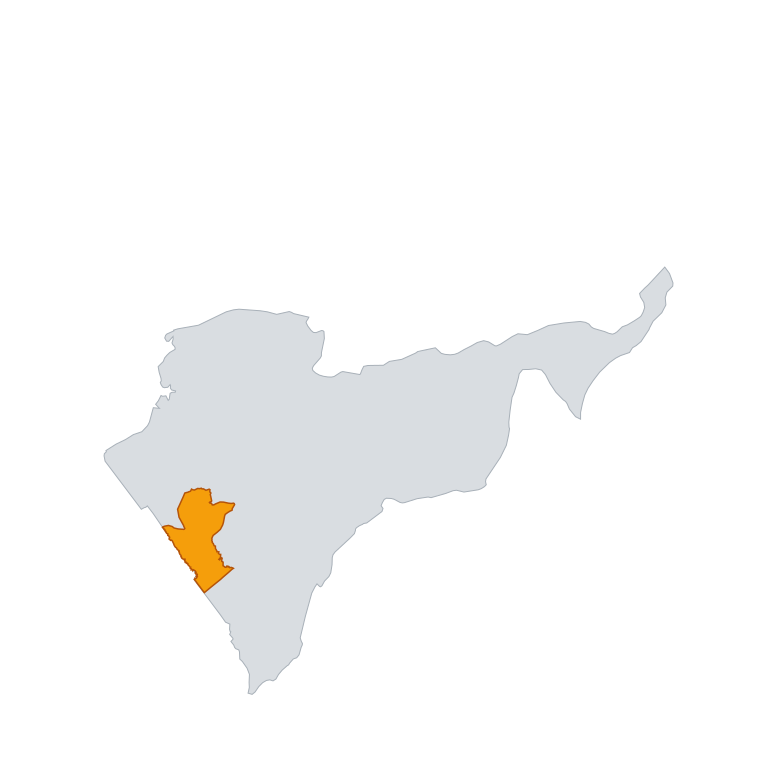 Dja-Et-Lobo, Sud, Cameroon (highlighted), rotated 53°
{"feature_id": "32672807B39721432011370", "entity_name": "Dja-Et-Lobo", "entity_type": "district", "adm_level": 2, "iso_a3": "CMR", "parent_name": "Cameroon", "parent_adm1": "Sud", "projection": "natural_earth1", "projection_center": [12.712, 2.919], "detail": "fine", "context": "in_parent", "style": "filled", "palette": "amber", "viewbox_px": 768, "rotation_deg": 53, "n_neighbors": 0, "source": "geoboundaries", "source_scale": "gbopen_adm2", "svg_char_len": 7680}
<svg xmlns="http://www.w3.org/2000/svg" viewBox="0 0 768 768"><g transform="rotate(53 384 384)"><path d="M214.4,519.6L215.8,515.6L225.4,496.8L231.4,466.6L234.2,459.6L237.0,454.8L251.0,438.8L256.2,433.7L263.8,427.8L269.1,416.1L271.0,414.8L273.4,413.8L285.4,403.8L286.4,405.8L287.2,408.2L288.1,409.3L292.0,410.0L297.4,410.0L300.4,409.3L302.1,407.3L303.7,401.7L304.7,400.7L306.0,400.4L311.8,404.3L321.4,415.2L323.9,417.1L324.9,419.3L327.0,429.2L328.2,431.7L330.3,432.7L334.0,432.0L337.9,430.3L341.4,427.7L344.7,424.5L347.0,421.5L348.0,419.3L348.6,411.2L349.3,409.4L361.9,397.6L361.6,396.5L359.5,393.2L357.7,389.6L359.5,385.8L361.5,383.0L368.7,373.2L369.2,366.1L375.0,355.0L378.3,340.3L378.4,337.4L386.0,321.2L394.0,319.8L397.0,317.5L400.6,313.5L402.8,309.7L403.9,306.2L404.7,299.3L406.1,291.5L407.0,284.6L409.4,278.3L413.4,275.1L420.3,272.4L421.3,271.2L422.3,267.0L423.3,253.0L424.5,246.8L430.9,239.8L433.8,228.8L436.3,217.4L443.6,203.5L452.1,189.7L456.0,186.0L459.4,184.3L463.2,184.1L465.8,183.1L475.0,176.2L478.9,173.9L481.7,171.5L482.4,169.4L482.6,166.4L481.7,159.3L483.3,154.0L484.2,145.9L484.6,139.6L484.3,137.4L482.5,133.7L479.8,129.8L475.2,127.4L468.9,126.8L465.5,125.4L464.3,118.1L463.9,113.5L459.6,89.4L467.6,89.5L477.2,92.4L479.6,94.5L480.9,102.8L484.4,107.5L490.5,111.3L494.3,119.3L495.8,131.3L499.2,138.5L500.0,139.6L504.8,153.2L505.1,159.5L504.6,163.7L506.6,169.0L503.7,177.9L502.8,183.4L502.6,191.1L504.3,204.6L507.2,215.1L510.2,223.6L513.6,230.2L519.1,237.4L525.0,244.1L530.4,248.2L525.4,250.7L515.6,251.0L509.9,249.6L507.2,249.5L504.5,250.4L494.1,251.7L483.5,251.1L473.7,249.4L467.7,249.7L463.1,253.7L459.4,259.8L455.9,264.6L457.2,269.9L459.8,272.8L464.9,279.3L469.4,285.6L471.7,289.8L480.8,299.0L489.6,307.3L493.7,310.1L495.3,310.7L500.0,315.5L506.6,323.2L512.7,335.3L521.2,359.7L523.1,361.7L526.0,363.0L526.4,365.5L526.1,369.3L525.2,372.4L518.4,385.2L512.5,390.0L510.8,393.0L508.6,400.4L503.1,414.8L500.8,416.8L495.5,426.6L491.1,439.0L490.0,440.9L488.3,442.4L482.0,445.4L479.9,447.0L476.7,450.8L476.3,453.3L477.8,456.8L479.5,459.6L482.8,459.7L484.6,462.3L484.6,481.4L483.1,484.3L483.2,485.5L482.4,488.8L482.2,492.5L482.7,494.0L483.9,495.1L485.7,497.7L486.6,503.6L488.7,524.2L489.7,527.5L491.5,529.8L497.0,534.2L502.7,540.1L504.6,543.9L505.6,550.1L507.8,555.0L507.8,556.7L506.9,557.3L503.3,557.8L504.5,561.3L507.5,567.5L522.2,586.6L536.3,603.7L539.7,604.9L542.1,605.3L543.2,606.3L544.5,608.7L549.2,614.9L550.1,618.5L549.0,621.9L550.1,627.3L550.9,629.2L550.7,630.9L551.2,637.4L552.5,643.1L554.6,647.9L554.3,651.3L551.6,653.2L550.0,656.3L549.5,660.7L550.3,666.1L552.4,672.4L552.5,676.1L549.1,678.6L545.3,674.2L541.1,671.3L534.9,666.2L528.6,664.4L520.4,664.1L516.9,664.7L510.9,660.6L508.9,660.0L506.2,661.7L504.4,661.8L502.1,661.1L497.5,661.2L497.0,658.3L496.2,657.7L491.2,658.0L489.7,655.5L489.0,655.8L487.0,655.0L483.0,651.6L478.8,653.9L470.0,653.6L425.7,653.5L424.6,650.3L422.4,648.6L418.4,648.5L406.7,649.1L397.7,648.6L391.6,647.3L384.1,646.6L374.8,647.2L365.3,647.1L348.3,646.3L338.9,646.4L339.1,648.4L338.5,649.8L338.0,653.2L277.8,653.2L272.9,650.8L271.4,649.3L271.0,646.5L269.8,646.1L270.8,634.0L272.8,623.9L273.6,614.5L276.4,606.1L275.0,597.9L273.2,594.2L264.1,582.5L268.3,578.0L262.8,578.6L261.6,574.3L259.0,569.0L260.6,568.2L262.2,565.3L267.2,566.2L267.0,564.8L262.7,560.4L263.1,558.2L264.9,555.7L264.1,554.6L261.0,557.2L258.7,557.1L257.0,555.5L255.8,555.2L256.5,558.6L254.8,561.6L253.2,562.6L250.3,562.4L248.1,561.7L247.5,560.0L245.3,558.7L239.3,556.5L234.2,553.9L233.2,546.7L231.2,543.6L230.4,540.1L229.9,536.1L230.6,530.0L229.3,529.0L227.8,528.7L225.6,529.0L223.6,528.6L221.2,525.3L219.1,523.9L220.4,530.2L218.9,531.9L215.3,531.4L213.7,529.1L213.4,527.3L215.1,519.8L214.4,519.6Z" fill="#d9dde1" stroke="#a8b0b8" stroke-width="1"/><path d="M362.8,586.9L361.7,590.2L359.2,591.2L358.2,592.5L357.3,592.6L356.5,594.4L356.3,594.6L355.3,595.6L354.6,599.2L353.5,600.3L352.1,601.0L352.9,602.4L353.1,603.3L352.6,604.7L352.5,605.5L351.8,607.1L351.2,608.7L353.3,612.3L358.5,621.8L359.8,624.2L367.1,627.9L376.2,629.2L377.4,629.6L379.5,630.0L379.8,630.8L379.6,631.4L378.6,632.5L378.4,632.8L375.6,635.9L374.6,636.7L372.7,638.3L370.4,638.9L367.3,641.2L365.6,644.6L365.0,646.5L365.1,647.2L365.4,647.2L365.6,647.0L365.9,647.1L366.4,647.1L366.6,646.9L366.7,647.0L367.1,646.8L367.4,647.1L367.6,647.2L368.0,647.1L368.4,647.2L368.5,647.1L368.6,646.8L368.9,647.0L369.3,647.1L369.7,647.3L369.9,647.3L370.1,647.3L370.2,647.0L370.3,647.0L370.9,647.2L371.3,647.1L371.5,647.4L371.8,647.3L372.3,647.5L372.8,647.4L373.4,646.9L373.5,646.8L374.2,647.3L374.6,647.7L374.8,647.8L375.1,647.7L375.5,647.3L376.2,647.4L377.0,647.6L377.2,647.4L377.5,647.5L377.8,648.0L377.9,648.4L378.0,648.5L378.7,649.0L379.3,648.8L379.4,648.6L379.5,648.5L379.9,648.6L380.4,648.6L380.6,648.5L380.7,648.3L380.9,647.6L381.4,647.5L382.1,647.5L382.5,647.6L383.7,647.9L385.0,648.1L385.4,648.3L386.9,648.7L388.2,648.8L388.8,648.8L389.2,648.7L389.9,648.4L390.4,648.4L391.5,648.7L392.2,648.6L393.7,648.0L394.1,648.1L394.1,648.3L394.1,648.5L394.3,648.7L394.8,648.8L395.1,648.7L395.3,648.7L395.4,648.9L395.9,649.2L397.4,649.5L397.9,649.4L398.1,649.3L398.7,649.3L399.7,650.1L399.9,650.0L400.0,649.9L400.1,650.0L400.7,650.0L400.9,650.2L401.1,650.3L401.4,650.3L402.6,650.0L403.3,649.5L403.4,649.4L403.4,649.2L403.5,649.0L404.0,649.1L404.3,649.0L404.5,648.8L404.5,648.6L404.8,648.8L404.9,649.4L404.9,649.5L405.7,649.5L405.9,649.7L406.1,649.7L406.3,650.0L406.5,650.1L406.9,650.1L407.0,649.9L407.1,649.4L407.3,649.2L407.6,649.4L407.7,649.7L408.1,649.7L409.1,649.3L408.8,649.0L408.8,648.9L409.0,648.8L409.7,648.8L410.2,649.3L410.4,649.3L411.0,649.3L411.3,649.4L411.9,649.1L412.3,649.0L412.6,649.1L412.9,649.1L413.3,649.0L413.5,649.0L414.0,649.3L414.1,649.1L414.3,649.6L414.5,649.6L414.8,649.6L415.0,649.5L415.3,649.5L415.5,649.1L416.0,649.0L416.4,649.4L416.5,649.6L416.6,649.4L417.0,649.1L417.1,648.8L417.3,648.8L417.4,648.7L417.8,648.9L417.7,648.6L417.8,648.4L417.7,648.0L418.2,647.8L419.8,647.2L420.5,647.5L420.9,647.3L421.2,647.3L421.4,647.5L421.3,647.8L421.1,647.6L420.9,647.7L421.0,647.8L421.2,648.0L421.3,648.2L421.5,648.0L421.7,648.3L421.8,648.5L422.0,648.5L422.1,648.3L422.3,648.3L422.4,648.5L422.6,648.5L422.7,648.4L423.0,648.3L423.1,648.0L423.4,648.1L423.6,647.7L423.8,647.7L424.0,648.1L424.4,648.4L424.3,648.7L424.4,648.9L424.7,648.9L424.8,649.0L424.8,649.3L424.9,649.2L425.2,648.9L425.4,648.9L425.6,649.8L426.0,650.1L426.0,650.5L426.2,651.0L426.1,651.3L425.8,651.8L425.7,651.9L425.5,652.0L426.0,652.4L425.9,653.0L427.3,653.1L428.3,653.0L430.5,653.1L431.5,653.1L434.0,653.1L434.7,653.0L436.1,653.1L437.1,653.1L440.6,653.1L440.8,653.0L441.9,653.1L442.5,653.0L442.1,644.6L441.7,632.1L441.4,629.1L440.9,621.5L440.5,617.0L440.6,615.2L440.1,615.4L438.7,616.2L437.7,617.8L436.9,617.7L436.3,617.8L436.3,618.6L435.4,618.5L434.8,619.2L435.3,620.5L434.7,621.2L433.3,621.5L432.3,621.9L429.4,619.7L428.0,620.3L426.8,619.4L425.7,618.1L424.8,618.5L425.5,621.1L424.7,621.4L424.3,619.4L423.6,618.5L421.8,617.0L421.2,617.8L419.7,618.2L418.7,616.9L417.9,617.7L417.4,618.4L416.6,617.9L413.9,617.6L412.0,616.2L410.9,617.0L408.9,616.4L407.1,616.5L406.3,615.8L405.5,615.9L404.4,614.7L403.6,614.4L402.1,611.6L402.0,606.5L401.6,602.1L399.5,597.7L397.8,595.4L397.7,595.3L393.4,590.6L392.5,589.1L392.6,588.2L392.6,586.1L392.9,583.2L393.0,582.8L393.4,581.4L392.1,580.0L391.6,578.7L390.4,575.9L389.3,575.6L388.7,575.8L387.4,578.0L385.5,580.0L381.8,583.2L379.6,585.9L378.4,590.6L378.1,592.7L377.2,593.9L375.6,593.6L374.8,594.3L374.0,594.8L373.5,594.7L373.5,593.9L374.0,592.7L373.7,592.0L369.0,589.8L367.7,589.3L367.0,588.0L366.2,587.7L365.5,588.1L364.6,587.6L363.8,586.6L362.8,586.9Z" fill="#f59e0b" stroke="#b45309" stroke-width="1.5"/></g></svg>